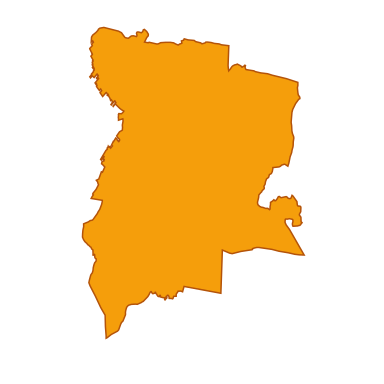 Phra Nakhon Si Ayutthaya, Phra Nakhon Si Ayutthaya, Thailand (Equal Earth projection), rotated 7°
{"feature_id": "78962969B15942215938926", "entity_name": "Phra Nakhon Si Ayutthaya", "entity_type": "district", "adm_level": 2, "iso_a3": "THA", "parent_name": "Thailand", "parent_adm1": "Phra Nakhon Si Ayutthaya", "projection": "equal_earth", "projection_center": [100.553, 14.343], "detail": "fine", "context": "isolated", "style": "filled", "palette": "amber", "viewbox_px": 384, "rotation_deg": 7, "n_neighbors": 0, "source": "geoboundaries", "source_scale": "gbopen_adm2", "svg_char_len": 5895}
<svg xmlns="http://www.w3.org/2000/svg" viewBox="0 0 384 384"><g transform="rotate(7 192 192)"><path d="M92.9,234.2L88.3,236.8L88.7,239.6L88.4,243.1L88.5,246.7L88.8,250.1L90.1,252.4L91.7,254.3L93.8,255.8L95.1,257.1L96.1,257.5L97.5,258.7L98.5,259.2L99.3,260.7L100.7,261.6L101.3,265.2L101.4,266.7L101.6,266.8L102.6,265.8L102.9,265.9L103.6,268.9L104.2,269.7L104.9,269.9L105.2,271.0L105.2,272.3L104.0,274.2L103.5,276.5L103.2,279.2L103.3,281.9L102.9,284.4L101.9,286.1L101.6,287.0L100.9,291.9L100.7,294.6L102.3,297.6L108.7,307.0L115.5,317.8L120.8,324.9L122.5,336.3L124.3,345.2L124.6,347.6L125.6,346.9L129.3,343.2L135.0,339.2L136.0,337.8L137.3,332.0L137.9,330.2L139.2,328.5L140.9,322.1L140.9,321.4L140.6,319.5L140.7,317.2L141.2,314.4L142.1,312.9L143.1,312.0L145.6,310.9L149.4,310.2L151.5,310.1L155.3,307.8L156.4,306.7L156.9,306.6L160.9,301.2L161.8,299.2L162.7,296.6L163.2,296.0L163.7,295.9L164.0,296.5L165.2,297.6L165.6,297.7L167.4,296.9L167.7,296.0L168.0,296.0L168.6,297.2L169.4,297.7L170.0,298.7L171.0,299.7L172.2,299.9L172.4,299.7L172.6,298.6L173.2,298.5L173.5,299.9L173.8,300.1L176.3,300.4L177.8,300.3L177.9,300.5L177.9,301.9L178.4,302.4L178.6,302.2L178.7,301.4L179.3,301.1L179.9,300.3L179.9,299.8L179.0,299.6L179.0,299.2L179.2,298.7L179.9,298.4L180.2,297.5L180.8,297.4L181.6,298.1L182.0,299.0L182.3,300.4L184.4,300.2L185.8,300.4L186.1,300.0L186.5,297.8L189.0,297.4L188.8,295.2L190.0,293.0L190.2,292.2L192.9,291.7L194.8,292.2L195.6,286.7L233.0,289.0L229.2,245.9L236.8,248.1L239.4,248.3L247.9,245.0L258.6,242.0L259.0,241.7L258.9,240.9L260.7,240.0L262.9,239.2L265.1,238.9L278.3,239.2L285.6,240.2L295.0,240.6L301.6,241.3L306.1,241.3L311.0,240.9L293.4,217.4L289.4,213.1L288.0,210.7L287.9,207.8L288.3,207.4L290.0,207.3L291.9,206.6L295.0,206.9L295.4,207.2L295.6,207.9L295.8,209.3L295.5,210.8L295.7,212.4L296.4,213.7L301.1,212.8L302.2,212.2L303.0,212.1L303.9,211.0L304.5,209.4L304.9,209.3L305.0,209.0L303.9,208.2L303.2,203.9L302.7,203.1L301.5,202.0L301.3,201.4L301.4,200.6L302.3,198.4L302.0,194.3L301.7,193.4L301.0,192.9L299.2,193.0L298.5,192.7L298.1,191.9L297.3,188.7L292.7,183.7L291.7,183.1L291.0,185.9L290.6,186.4L289.5,186.7L288.2,186.5L286.9,185.4L286.0,185.1L281.4,186.7L280.7,186.7L279.4,185.8L278.3,186.1L277.3,188.5L276.1,190.4L275.4,190.6L274.2,189.7L273.0,191.2L271.2,192.7L271.4,194.8L271.3,197.0L271.5,198.9L271.4,199.8L271.1,200.1L269.2,199.0L267.0,199.3L264.1,198.6L262.6,198.7L262.0,198.3L261.0,198.1L258.9,196.5L258.3,194.6L258.3,193.5L258.8,189.5L258.7,186.8L260.3,184.3L261.1,183.4L261.5,182.1L263.2,180.0L263.2,179.1L262.7,177.6L263.6,175.3L263.7,172.8L264.4,169.9L266.2,168.2L266.7,165.3L268.4,164.1L268.7,163.5L269.2,161.9L269.4,158.7L269.3,157.9L275.3,156.5L276.6,155.7L277.7,154.4L280.2,153.2L280.9,153.2L284.0,154.7L284.6,151.5L285.1,145.1L286.1,140.8L286.2,138.2L286.7,134.9L286.7,133.2L286.4,129.9L286.5,126.1L286.1,124.6L284.6,121.8L283.7,119.2L282.8,114.0L281.9,110.7L281.5,100.8L281.9,97.8L284.0,91.7L286.6,87.0L287.7,86.2L287.4,84.7L285.6,82.6L284.9,80.2L283.9,75.7L284.1,73.3L283.7,70.3L272.0,68.0L257.4,66.3L252.6,65.4L245.7,65.4L240.1,64.8L238.7,64.2L230.8,63.9L230.4,63.6L229.7,62.3L229.4,61.5L229.7,60.1L229.1,59.7L228.8,59.8L228.1,61.0L227.4,61.2L226.6,62.0L226.1,61.9L225.2,60.9L221.3,59.5L220.3,60.2L219.3,60.4L217.5,61.5L216.5,62.5L215.8,63.7L215.1,65.2L213.7,67.3L213.2,65.8L212.4,62.1L210.7,42.3L203.3,42.3L200.8,41.7L196.1,41.8L192.7,41.3L189.1,41.3L187.5,41.5L186.7,42.5L183.8,43.7L182.4,42.9L177.3,42.3L175.7,41.3L169.6,41.5L165.6,40.9L165.1,42.4L163.1,43.3L163.8,45.5L162.4,46.4L161.7,46.6L160.6,47.7L159.9,47.7L157.5,47.0L155.6,46.2L152.2,46.1L148.0,46.6L142.7,47.6L140.6,49.0L139.2,49.4L131.2,48.6L130.3,49.2L126.6,49.0L128.3,44.1L129.5,42.4L129.5,41.1L129.3,40.5L127.5,38.2L124.9,36.4L123.9,37.0L123.7,38.1L123.4,39.0L122.3,40.1L119.5,39.7L118.1,39.9L117.6,40.8L117.6,41.5L118.1,42.5L118.3,43.3L118.1,44.2L117.9,44.5L114.9,44.1L113.2,44.4L112.3,44.9L110.1,47.2L107.4,47.0L106.5,46.7L102.6,42.5L99.4,41.3L84.5,39.4L80.6,40.6L79.8,41.3L79.2,42.0L79.0,42.9L77.2,45.4L74.3,48.4L73.4,50.5L73.7,55.5L75.0,54.1L75.9,55.3L74.3,57.5L75.2,58.9L73.0,62.0L73.0,62.3L76.1,67.0L75.9,67.2L76.3,67.7L75.1,69.5L77.7,73.1L77.3,73.6L77.8,74.3L77.1,75.3L77.7,76.2L77.5,76.6L78.0,77.3L77.5,77.8L78.1,78.5L77.9,78.8L78.6,79.6L78.0,80.6L78.5,81.1L79.1,80.3L79.7,81.1L79.5,81.4L80.0,82.1L79.6,82.7L80.0,83.1L79.3,84.1L79.4,84.8L77.8,87.2L78.1,87.6L76.5,90.1L77.4,91.1L78.8,88.9L80.9,90.3L83.4,86.5L84.7,87.7L84.3,88.2L84.6,88.5L83.3,90.5L84.1,91.4L84.9,90.1L85.5,90.8L82.5,95.5L83.0,96.2L83.4,95.6L84.1,96.4L83.8,96.8L84.7,97.8L84.2,98.5L85.1,99.8L87.7,102.5L88.8,100.9L90.0,102.5L88.6,104.6L91.7,108.1L94.6,103.8L94.9,103.7L96.0,105.0L96.3,105.8L96.0,106.2L96.4,106.5L97.0,105.6L97.7,107.1L99.2,109.1L99.8,110.5L100.0,110.3L100.4,111.1L100.9,110.5L102.2,112.1L101.8,112.9L102.1,113.2L100.9,115.0L101.3,115.4L104.0,111.2L104.7,112.0L104.8,111.6L105.6,112.6L103.1,116.3L103.4,116.7L105.1,113.9L110.1,117.8L112.1,119.0L114.5,120.0L114.0,121.1L112.5,122.9L109.8,123.1L109.5,124.1L109.7,124.7L109.8,127.1L110.1,128.1L110.3,129.7L114.4,127.8L114.9,129.8L114.9,130.9L114.7,134.0L115.2,136.6L115.3,139.1L112.7,141.1L110.4,145.5L111.3,146.7L113.7,148.6L113.5,149.3L113.8,149.7L113.2,150.9L111.7,149.8L110.8,148.4L109.7,147.7L108.9,149.6L107.9,151.6L107.7,151.5L106.4,155.3L107.4,156.0L106.0,158.2L105.4,157.0L105.0,157.6L104.6,157.1L104.1,157.6L103.3,156.7L103.2,157.4L102.4,158.8L102.7,159.9L101.5,161.2L97.3,170.8L98.1,171.4L100.0,167.3L100.5,167.7L99.3,169.9L99.7,170.2L99.8,170.0L100.9,170.3L100.7,172.0L99.6,172.3L99.0,172.9L98.8,175.0L99.8,175.6L102.4,177.8L100.7,183.3L99.6,183.0L97.9,190.5L95.6,192.0L97.1,193.5L97.6,194.9L98.3,196.2L96.5,201.1L93.9,205.3L93.7,206.2L94.4,206.9L93.4,208.8L92.7,210.7L104.0,211.2L104.1,212.5L103.8,215.4L102.5,220.6L101.2,223.2L100.7,224.8L97.2,231.3L96.5,232.1L94.4,232.8L92.9,234.2Z" fill="#f59e0b" stroke="#b45309" stroke-width="1.5"/></g></svg>